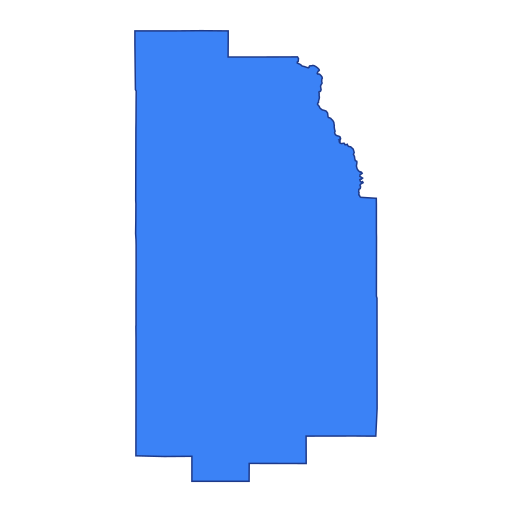 the district of Teton, Wyoming, United States of America
{"feature_id": "52423323B3751484868396", "entity_name": "Teton", "entity_type": "district", "adm_level": 2, "iso_a3": "USA", "parent_name": "United States of America", "parent_adm1": "Wyoming", "projection": "equal_earth", "projection_center": [-110.362, 43.951], "detail": "fine", "context": "isolated", "style": "filled", "palette": "blue", "viewbox_px": 512, "rotation_deg": 0, "n_neighbors": 0, "source": "geoboundaries", "source_scale": "gbopen_adm2", "svg_char_len": 2796}
<svg xmlns="http://www.w3.org/2000/svg" viewBox="0 0 512 512"><path d="M136.0,397.1L135.9,455.8L164.3,456.5L191.9,456.3L191.9,481.3L249.1,481.3L249.2,463.4L306.2,463.5L306.1,436.1L354.2,436.0L368.1,436.1L375.8,436.1L377.1,408.6L377.0,298.2L376.4,296.2L376.5,237.2L376.4,233.0L376.4,204.6L376.3,198.3L360.7,197.3L359.9,196.6L359.4,195.1L358.8,194.9L358.8,193.9L359.1,192.7L358.6,191.9L358.8,190.9L358.8,189.4L360.2,188.6L360.5,187.4L360.5,186.2L360.0,185.7L360.2,184.5L361.3,183.7L363.1,182.7L362.5,181.6L361.4,182.2L360.3,181.2L359.8,179.6L360.9,179.0L361.3,179.2L362.6,178.1L361.1,177.1L359.8,176.4L360.1,174.5L361.0,174.2L362.2,173.3L361.7,172.5L360.8,171.8L360.3,172.2L358.4,170.7L357.1,168.8L356.4,166.0L356.9,162.8L356.8,161.3L355.3,160.6L354.7,158.5L354.5,156.6L353.4,154.3L354.2,152.5L353.2,149.1L350.7,146.8L348.5,146.4L347.5,145.1L347.3,144.3L345.8,144.8L344.8,144.6L344.7,144.0L344.1,143.2L341.4,143.6L340.1,143.1L339.3,142.0L339.2,140.8L339.8,140.8L340.0,141.1L340.0,140.6L339.6,140.1L339.4,139.9L339.5,139.9L339.9,139.6L340.0,139.4L340.3,139.5L340.4,139.3L340.4,139.0L340.4,138.8L340.5,138.8L340.6,139.1L340.6,138.6L340.3,138.3L340.2,138.2L340.4,138.1L340.4,137.8L340.2,137.5L340.0,136.8L338.8,136.2L337.0,135.7L335.5,134.8L334.9,133.7L334.6,132.4L335.1,131.2L334.6,129.5L334.4,128.4L334.2,126.8L334.3,125.5L334.0,123.9L333.9,122.7L333.4,121.5L332.6,120.3L331.4,119.2L330.8,118.4L329.5,117.8L328.4,117.5L327.9,116.3L327.9,115.5L327.7,114.1L327.6,113.1L326.7,111.8L326.0,111.0L324.8,110.6L324.0,110.3L323.2,110.1L322.2,109.9L321.4,109.2L320.6,108.7L319.7,107.7L319.2,106.3L318.5,105.6L317.5,104.2L317.8,103.0L318.5,102.5L318.5,101.0L319.2,98.7L319.4,97.2L319.1,95.3L319.2,94.0L319.1,93.0L318.9,92.1L319.2,91.7L319.7,91.5L320.1,91.5L320.7,90.9L320.9,90.3L321.1,89.5L320.9,88.6L320.6,86.7L320.6,85.9L321.2,84.5L322.0,83.4L322.0,82.6L321.6,81.2L321.8,80.2L321.8,79.2L322.3,78.2L322.0,76.9L321.0,75.6L319.8,74.4L318.8,73.9L318.1,74.2L317.5,73.9L317.2,73.4L317.3,73.0L317.6,72.3L317.9,71.7L318.2,71.1L318.7,71.0L319.3,70.3L319.1,69.5L317.7,68.0L316.0,66.7L314.2,65.7L312.8,65.4L312.0,65.7L310.6,65.8L309.6,65.9L309.1,66.7L309.1,67.4L308.9,67.5L308.5,67.8L308.1,67.7L307.3,67.6L305.9,67.1L304.2,66.5L302.2,66.1L300.9,64.9L299.8,64.2L298.7,63.7L297.3,63.1L297.3,61.9L298.2,61.4L298.5,58.6L297.5,56.9L260.4,57.0L228.1,57.0L228.2,40.8L228.2,30.9L201.4,30.7L174.9,30.9L155.7,30.9L148.0,30.9L134.9,30.9L134.9,43.8L135.4,89.6L136.2,91.0L136.1,102.3L136.1,103.0L136.0,122.0L135.9,128.7L135.7,200.5L135.9,203.7L135.8,220.0L135.8,220.6L135.8,220.8L135.6,233.5L136.0,239.8L136.1,245.0L136.1,247.6L136.1,268.6L136.0,297.8L136.0,325.8L135.9,325.9L135.9,327.3L136.0,338.1L136.0,338.8L136.0,339.1L136.0,340.3L136.0,347.2L136.0,371.2L136.0,397.1Z" fill="#3b82f6" stroke="#1e3a8a" stroke-width="1.5"/></svg>